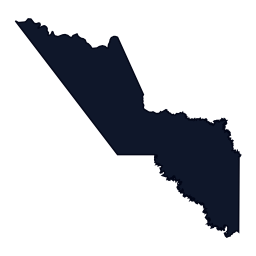 La Chorrera, Amazonas, Colombia (orthographic projection)
{"feature_id": "7082276B17181319735962", "entity_name": "La Chorrera", "entity_type": "district", "adm_level": 2, "iso_a3": "COL", "parent_name": "Colombia", "parent_adm1": "Amazonas", "projection": "orthographic", "projection_center": [-72.317, -1.283], "detail": "fine", "context": "isolated", "style": "filled", "palette": "ink", "viewbox_px": 256, "rotation_deg": 0, "n_neighbors": 0, "source": "geoboundaries", "source_scale": "gbopen_adm2", "svg_char_len": 6026}
<svg xmlns="http://www.w3.org/2000/svg" viewBox="0 0 256 256"><path d="M238.6,231.9L239.0,156.8L239.8,156.6L240.6,155.2L239.9,155.1L239.9,154.4L238.9,153.7L238.8,152.2L237.9,152.5L238.3,151.4L237.6,152.2L237.3,151.0L236.7,152.2L234.9,152.7L234.5,152.2L235.1,151.7L235.3,150.3L232.1,150.5L233.0,148.6L232.3,146.7L232.9,145.3L232.4,144.9L232.7,144.1L231.8,143.8L232.5,143.1L231.4,142.3L232.9,140.7L232.5,140.4L231.8,141.2L231.4,140.6L230.6,140.8L230.1,140.0L230.4,139.0L229.4,139.1L230.1,138.2L228.7,138.1L228.1,137.1L228.7,137.0L228.6,136.0L230.1,135.2L229.3,134.4L229.4,133.9L230.0,133.9L229.8,133.3L228.3,133.0L227.7,132.1L229.5,132.0L228.8,131.2L227.7,131.1L227.6,130.6L228.5,130.4L227.7,130.2L227.2,130.9L226.4,130.3L226.1,131.4L225.3,131.8L226.0,130.2L224.5,130.6L224.2,129.2L223.0,129.0L223.6,128.0L224.8,128.5L224.3,128.0L224.8,127.9L224.8,127.0L225.5,126.9L224.7,126.6L223.2,127.2L223.2,126.4L223.6,126.4L223.8,125.9L223.2,124.8L224.1,124.9L224.4,125.6L224.9,125.0L224.0,124.3L224.0,123.7L224.9,123.6L225.2,124.3L225.9,124.2L226.3,123.5L225.0,122.6L225.4,122.4L226.0,123.1L226.5,123.0L225.9,121.5L226.6,120.6L225.8,120.6L225.2,120.1L224.8,120.7L225.1,119.3L224.4,118.8L224.3,119.5L223.6,119.8L223.9,120.4L222.7,120.7L223.1,119.2L221.9,118.7L221.5,120.6L220.3,120.0L219.8,121.4L219.0,122.0L218.4,121.7L218.7,121.2L218.3,120.4L216.6,120.5L216.4,121.0L217.1,121.2L216.8,121.5L216.0,120.8L214.6,120.9L213.8,121.4L215.0,122.8L214.6,123.0L214.2,124.4L213.0,124.0L213.0,125.1L212.5,124.8L212.7,124.2L211.5,124.3L211.4,125.3L211.1,124.5L211.4,123.9L210.2,124.1L210.7,123.1L209.4,123.4L208.7,122.9L209.2,122.5L208.5,121.9L206.7,121.8L206.8,120.2L205.6,120.3L206.4,119.5L206.0,118.9L204.1,119.8L202.7,119.2L201.0,120.2L200.0,120.1L199.7,119.6L200.5,118.8L200.2,118.3L199.7,119.0L196.8,118.9L196.3,120.1L195.1,119.0L194.4,119.8L194.4,119.0L193.6,119.7L192.9,119.3L192.5,119.8L192.0,119.2L191.6,119.8L191.1,119.3L190.2,120.0L190.0,119.6L189.4,119.6L188.9,118.5L188.5,119.5L186.7,117.8L186.1,117.8L186.7,116.9L185.8,116.7L186.1,116.2L185.4,116.0L185.9,115.0L185.4,114.3L184.7,114.5L184.0,113.5L182.7,113.2L182.6,112.6L182.0,113.4L180.6,112.7L178.6,113.8L176.6,113.6L175.3,115.0L174.2,115.2L173.3,114.4L172.0,115.0L169.8,113.0L168.7,113.0L168.4,112.2L167.8,112.2L167.9,111.6L166.6,111.2L166.8,110.1L166.0,109.7L161.7,112.3L160.7,111.7L159.4,113.3L157.1,113.6L155.9,113.5L153.0,111.9L151.4,112.4L148.8,112.1L144.0,109.2L143.2,107.7L143.7,105.2L142.5,102.9L143.0,101.0L142.5,100.2L142.8,98.5L142.4,96.4L143.4,94.6L117.5,37.3L115.6,36.6L113.9,36.5L111.4,37.7L110.3,39.6L109.7,42.4L108.6,44.4L108.1,47.9L106.9,48.1L105.1,46.5L102.4,45.8L99.3,46.6L97.1,48.0L92.6,48.5L91.6,48.0L90.5,46.1L88.2,43.8L86.2,42.9L85.1,40.0L83.3,38.8L80.9,38.3L79.0,37.0L78.0,36.1L77.0,34.0L73.1,35.6L71.8,37.6L69.8,37.2L67.8,35.5L65.1,34.6L62.8,34.9L58.0,36.7L54.6,35.8L53.2,33.4L53.0,32.1L52.3,31.7L50.9,34.7L48.9,35.4L48.0,34.9L48.3,32.6L47.0,30.8L47.1,28.3L46.4,27.1L44.8,25.9L43.6,25.9L38.3,28.1L38.2,27.3L40.2,25.0L39.8,23.4L38.9,23.0L36.1,23.8L34.2,23.3L30.9,19.1L28.2,18.9L25.9,21.6L24.5,22.1L18.4,22.6L15.4,20.9L117.6,154.6L154.8,154.6L157.1,155.4L157.2,155.9L156.3,155.7L155.6,156.6L156.4,156.9L156.5,157.5L154.9,156.3L154.7,157.9L155.1,159.1L154.7,159.5L154.9,160.6L155.4,160.9L155.0,162.4L156.8,163.4L156.3,164.2L158.1,163.5L158.3,164.3L157.6,163.8L157.3,164.5L158.6,164.7L158.4,165.7L159.1,165.4L159.1,163.3L159.9,165.1L162.3,166.0L161.4,167.8L160.2,168.1L161.6,172.3L160.6,172.0L160.2,172.7L160.8,173.0L163.8,170.9L164.9,172.6L164.7,173.8L162.3,175.5L165.9,176.6L167.0,176.2L167.5,177.2L167.2,178.5L167.8,177.9L168.2,178.3L167.6,179.4L168.7,180.1L169.2,180.1L169.2,179.4L169.9,180.0L170.6,178.2L171.3,178.0L171.5,179.1L173.5,180.6L174.2,179.9L172.7,177.8L174.5,177.8L173.0,176.5L173.6,176.0L174.6,176.2L176.0,181.4L176.8,180.1L178.8,181.0L178.3,180.1L179.4,179.7L179.5,182.0L179.0,182.3L178.4,181.5L178.3,182.3L180.5,183.1L181.0,181.7L181.5,181.7L181.5,182.6L180.6,184.4L179.8,184.4L179.5,185.2L179.1,185.0L179.2,184.1L178.5,185.0L177.9,184.4L178.2,186.5L177.4,186.7L177.2,187.5L177.7,188.4L178.7,188.0L178.2,189.0L179.3,189.1L178.8,189.9L180.1,190.7L179.5,191.3L180.6,191.6L180.7,192.8L182.2,192.8L181.0,191.9L181.8,190.9L182.7,191.2L182.0,190.5L182.6,190.0L182.3,189.3L182.6,189.1L183.3,190.5L183.0,191.7L183.4,193.0L184.2,193.3L183.3,195.9L184.7,196.9L185.6,196.3L185.2,195.6L186.2,195.6L186.6,195.0L187.3,195.6L187.3,196.3L188.8,196.9L188.7,196.2L189.3,195.9L188.6,197.7L189.4,197.4L189.6,196.1L191.1,196.9L189.9,198.0L190.4,199.0L191.1,198.6L190.4,200.0L191.4,199.4L191.7,200.7L193.0,200.9L193.8,200.1L193.7,199.2L192.4,198.6L193.6,198.0L194.5,198.5L194.4,200.5L195.4,202.1L196.6,201.6L195.8,202.7L196.3,203.1L197.3,203.6L197.9,202.7L199.8,202.5L199.8,203.5L201.1,203.4L200.8,204.6L201.9,204.9L202.5,204.5L202.5,203.1L203.7,203.9L203.7,206.5L204.5,206.9L203.9,207.8L206.2,208.7L204.4,209.7L203.1,211.9L204.2,212.6L204.7,211.5L205.1,211.4L205.9,212.0L205.7,212.8L206.3,212.3L206.0,211.2L206.3,211.2L206.9,212.5L207.1,214.9L205.5,217.5L207.2,219.4L208.0,219.7L208.4,218.8L209.1,218.8L208.2,218.0L208.8,217.6L209.5,218.1L210.0,219.4L209.9,220.0L208.9,219.9L208.0,220.5L208.3,221.1L209.3,221.2L208.9,221.6L208.1,221.4L208.1,223.3L207.5,223.7L208.8,223.7L208.1,224.5L208.4,225.4L208.9,225.4L209.7,224.2L210.7,225.4L211.3,224.2L212.3,223.8L212.6,225.6L211.9,226.3L211.3,227.9L213.4,227.3L213.9,226.3L214.7,226.3L214.0,225.5L215.1,226.1L215.8,225.5L216.5,226.7L217.2,226.2L217.7,226.5L218.5,228.0L217.4,228.1L217.1,228.6L218.2,229.8L219.8,229.5L220.6,227.8L221.2,227.8L221.4,228.9L221.0,229.9L221.3,230.3L221.9,229.8L222.1,228.4L222.9,228.6L223.9,230.3L224.3,230.2L223.7,226.6L224.1,226.4L224.9,227.2L225.1,226.7L224.7,225.8L224.1,225.6L224.3,225.2L225.6,225.2L227.3,226.1L227.9,227.0L227.8,230.6L226.7,231.7L227.8,233.1L226.4,234.5L225.3,232.9L224.5,233.3L225.5,235.9L226.8,237.1L228.8,236.1L230.0,236.0L230.5,234.8L232.3,233.8L232.6,232.8L234.7,232.0L235.5,231.0L237.2,230.7L238.6,231.9Z" fill="#0f172a" stroke="#020617" stroke-width="1.5"/></svg>